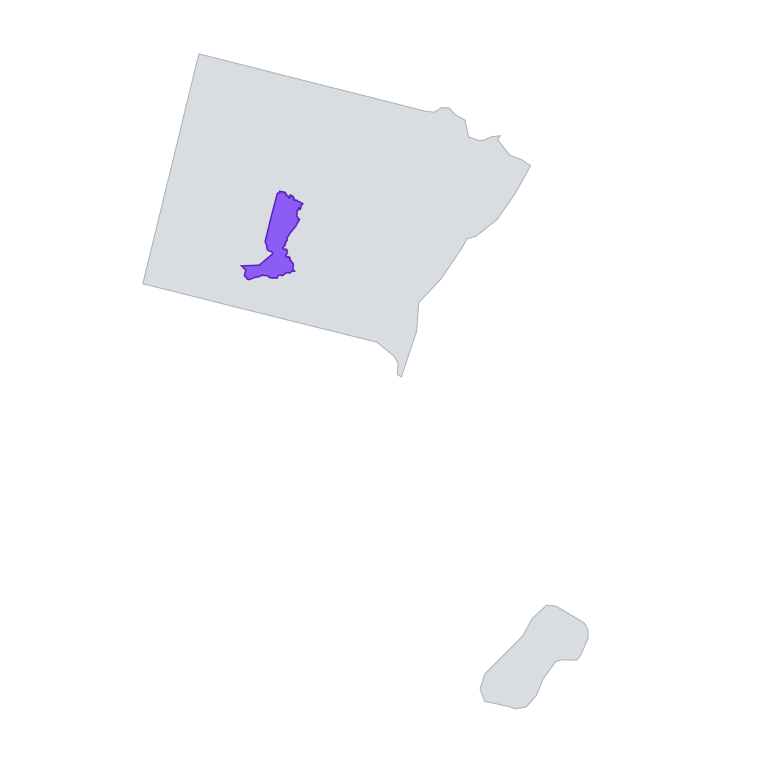 Ayene, Wele-Nzás, Equatorial Guinea shown in context, rotated 194°
{"feature_id": "11065452B61336086634219", "entity_name": "Ayene", "entity_type": "district", "adm_level": 2, "iso_a3": "GNQ", "parent_name": "Equatorial Guinea", "parent_adm1": "Wele-Nzás", "projection": "robinson", "projection_center": [10.614, 1.791], "detail": "fine", "context": "in_parent", "style": "filled", "palette": "violet", "viewbox_px": 768, "rotation_deg": 194, "n_neighbors": 0, "source": "geoboundaries", "source_scale": "gbopen_adm2", "svg_char_len": 5514}
<svg xmlns="http://www.w3.org/2000/svg" viewBox="0 0 768 768"><g transform="rotate(194 384 384)"><path d="M642.3,422.9L642.5,469.8L642.7,509.5L642.9,552.4L643.2,597.1L643.4,635.0L643.5,659.5L606.9,659.4L558.2,659.2L509.6,659.0L460.9,658.9L436.5,658.8L409.6,658.7L400.9,659.9L394.9,666.1L387.8,667.6L379.5,662.3L369.4,659.7L366.7,654.3L361.6,644.3L351.6,643.3L346.6,644.3L339.4,650.0L331.3,653.0L332.8,648.4L316.8,636.2L305.2,635.0L294.6,631.3L303.2,599.4L314.0,571.3L330.1,550.0L338.7,544.9L341.5,534.3L354.2,499.6L370.0,471.5L365.1,443.0L368.9,395.1L373.4,396.4L374.2,401.0L375.3,407.7L381.3,413.6L400.9,422.8L459.5,422.8L494.4,422.8L546.0,422.8L600.7,422.9L642.3,422.9ZM178.5,100.4L182.9,101.2L209.6,100.5L216.9,111.2L216.1,126.9L188.5,173.0L183.4,192.4L172.7,208.8L163.5,210.1L131.8,200.5L126.4,194.6L124.5,186.8L127.6,168.4L129.9,162.8L145.2,159.3L150.1,156.4L158.2,136.6L160.9,118.6L167.8,105.0L178.5,100.4Z" fill="#d9dde1" stroke="#a8b0b8" stroke-width="1"/><path d="M533.6,543.0L533.6,542.9L533.9,520.6L533.8,493.4L533.2,492.5L532.3,491.3L531.5,490.1L530.8,488.6L530.4,487.5L529.9,486.3L529.2,485.9L527.7,485.3L526.2,485.3L524.9,485.0L524.1,484.3L523.3,483.7L533.8,469.1L550.8,464.1L549.3,463.5L547.9,462.1L546.3,461.6L545.6,460.8L545.8,456.5L545.3,455.0L543.8,454.3L542.3,452.9L541.2,452.4L540.2,452.7L538.8,453.5L536.5,455.3L534.2,456.7L532.6,457.2L530.6,458.4L529.0,459.9L526.7,460.3L524.7,460.6L523.2,460.9L522.5,460.8L521.5,459.7L519.3,459.6L517.7,459.7L517.3,459.7L516.7,460.4L515.5,460.8L514.7,460.4L513.4,460.9L512.9,462.1L513.0,463.2L512.3,464.1L511.3,464.6L509.5,464.4L508.1,465.2L507.4,466.4L506.8,467.0L506.3,468.0L505.9,468.1L504.5,468.7L503.0,468.9L502.5,468.7L501.9,469.5L501.0,470.7L498.1,472.0L498.3,472.1L499.0,472.4L499.4,472.7L499.9,473.2L500.1,473.4L500.2,473.7L500.4,474.3L500.4,474.7L500.5,475.2L500.4,475.5L500.5,476.3L500.6,477.1L500.8,477.7L500.9,478.1L501.2,478.7L501.5,478.9L502.0,479.4L502.5,479.5L502.8,480.0L503.4,480.7L504.0,480.8L504.3,480.9L504.6,480.8L504.8,481.1L504.8,481.4L505.2,481.3L505.3,481.3L505.3,481.8L505.5,482.3L505.7,482.5L505.6,483.3L505.5,483.5L505.8,483.8L506.3,484.0L506.5,484.1L506.9,483.9L507.2,483.7L507.4,483.7L507.5,484.0L507.6,484.4L507.7,484.6L508.0,484.6L508.4,484.3L508.5,484.1L508.8,483.8L509.3,483.6L509.6,483.8L509.8,483.9L510.2,483.9L510.4,484.1L510.6,485.0L510.5,485.4L510.3,485.7L510.1,485.7L509.8,486.4L509.8,486.6L509.7,486.9L509.7,487.1L509.9,488.2L510.0,488.8L510.0,489.1L509.9,489.5L510.3,490.1L510.6,490.5L510.8,490.6L511.1,490.9L511.5,491.3L511.8,491.1L512.2,490.7L512.5,490.5L512.9,490.6L513.1,490.7L513.4,490.6L513.5,490.6L513.9,490.8L514.2,490.8L514.5,490.7L514.7,490.8L514.9,490.9L515.3,491.3L515.3,491.6L515.2,491.7L515.0,492.0L514.7,492.3L514.7,492.5L514.4,493.3L513.9,493.8L513.8,494.4L513.6,494.8L513.7,495.4L513.7,496.0L513.5,496.5L513.4,496.8L513.4,497.0L513.5,497.3L513.8,497.6L514.0,497.8L514.0,498.0L513.6,498.8L513.4,499.1L512.9,499.4L512.8,499.5L512.7,499.8L512.7,500.3L512.8,500.6L513.4,502.5L513.2,503.0L512.9,503.5L512.7,504.0L512.6,504.6L512.4,505.1L512.3,505.7L511.9,506.1L511.9,506.6L511.9,507.2L511.6,507.7L511.4,508.2L511.5,508.4L511.3,508.7L511.1,508.9L510.5,510.1L510.0,511.1L509.9,511.5L509.7,511.8L509.4,512.3L509.3,512.8L509.1,513.2L508.9,513.5L508.7,513.8L508.5,514.1L508.3,514.6L508.0,515.2L507.9,515.6L507.7,516.1L507.6,516.4L507.5,516.8L507.4,517.1L507.4,517.6L507.4,518.3L507.2,518.8L507.0,519.0L506.9,519.2L506.9,519.5L506.9,519.8L506.8,520.1L506.7,520.2L506.6,520.3L506.4,520.4L506.4,520.8L506.4,521.3L506.2,521.7L506.2,521.8L505.7,523.3L505.8,523.6L506.0,523.6L506.7,523.1L506.9,523.0L507.1,523.2L507.4,523.5L507.6,523.9L507.6,524.2L507.7,524.4L507.8,524.8L508.0,525.0L508.5,525.4L508.7,525.6L509.3,525.8L509.5,526.1L509.7,526.7L509.7,527.1L509.7,527.4L509.5,528.0L509.4,528.3L509.8,528.8L510.0,529.1L510.2,529.5L510.2,529.8L510.1,530.3L509.7,530.8L509.6,531.2L509.7,531.4L509.8,531.5L509.7,531.7L509.5,532.0L509.4,532.6L509.4,533.1L509.4,533.3L509.5,533.8L509.4,534.1L509.2,533.8L508.9,533.6L508.7,533.4L508.3,533.2L508.1,533.1L507.9,533.0L507.7,533.2L507.5,533.3L507.4,533.6L507.4,534.0L507.4,534.6L507.6,534.8L507.6,535.0L507.4,535.3L507.4,535.8L507.5,536.0L507.6,536.3L507.6,536.5L507.5,537.0L507.4,537.4L507.1,537.8L506.9,538.0L506.6,538.4L506.5,539.0L506.5,539.4L506.8,539.4L507.3,539.4L507.7,539.6L507.9,539.7L508.1,539.8L508.4,539.9L508.8,540.0L509.2,540.1L509.8,540.2L510.1,540.3L510.7,540.3L511.8,540.3L512.1,540.5L512.3,541.0L512.6,541.2L513.1,541.1L513.5,541.1L513.8,540.7L514.0,540.8L514.1,541.0L514.4,541.1L514.6,540.9L514.9,540.7L515.5,540.9L515.6,541.0L515.8,541.0L516.4,541.0L516.3,541.4L516.2,541.8L516.5,542.0L516.8,542.5L516.7,542.7L516.5,542.8L516.4,542.9L516.8,543.1L517.1,543.3L517.5,543.7L518.2,544.3L519.4,544.2L519.7,544.1L520.0,544.2L520.0,544.5L520.3,544.9L520.5,544.8L520.9,544.4L521.0,544.1L520.9,543.8L520.7,543.5L520.5,543.2L520.3,542.9L520.3,542.6L520.6,542.1L521.0,541.8L521.2,541.6L521.5,541.9L521.9,542.0L522.0,542.4L522.2,542.8L522.5,542.9L522.9,542.9L523.1,543.1L523.3,543.5L523.5,543.6L523.9,543.3L524.1,543.2L524.6,543.1L524.8,543.5L524.8,544.1L524.9,544.6L525.1,544.9L525.3,545.2L525.6,545.5L525.8,545.5L526.4,545.7L526.6,546.1L527.1,545.9L527.4,545.2L527.8,545.2L528.0,545.6L528.3,546.1L529.3,546.0L529.6,545.9L530.0,545.6L530.4,545.7L530.8,545.5L531.1,545.3L531.2,545.5L531.5,545.9L531.7,546.0L532.1,544.7L532.2,544.1L532.4,543.8L532.7,543.6L532.8,543.5L533.1,543.4L533.4,543.1L533.6,543.0Z" fill="#8b5cf6" stroke="#5b21b6" stroke-width="1.5"/></g></svg>